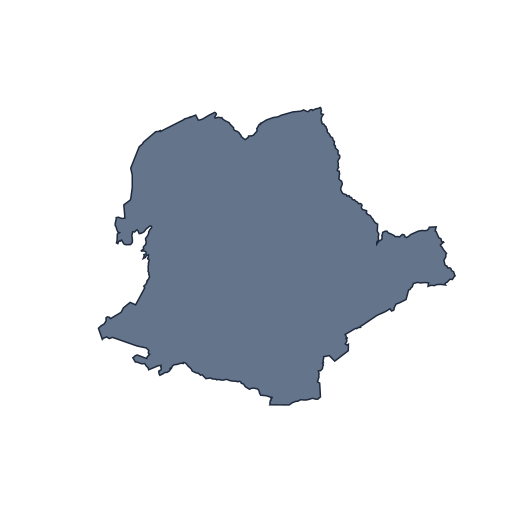 Canesti, Buzau, Romania (Natural Earth projection), rotated 154°
{"feature_id": "2599482B44623248761777", "entity_name": "Canesti", "entity_type": "district", "adm_level": 2, "iso_a3": "ROU", "parent_name": "Romania", "parent_adm1": "Buzau", "projection": "natural_earth1", "projection_center": [26.605, 45.397], "detail": "fine", "context": "isolated", "style": "filled", "palette": "slate", "viewbox_px": 512, "rotation_deg": 154, "n_neighbors": 0, "source": "geoboundaries", "source_scale": "gbopen_adm2", "svg_char_len": 6117}
<svg xmlns="http://www.w3.org/2000/svg" viewBox="0 0 512 512"><g transform="rotate(154 256 256)"><path d="M308.8,116.2L291.5,107.6L287.6,108.2L283.9,107.9L282.0,107.1L279.1,107.3L275.0,105.0L272.7,104.2L267.6,103.3L264.9,101.0L263.4,100.3L262.4,100.3L261.7,100.8L261.0,100.7L259.8,101.2L254.5,113.8L255.9,116.0L252.4,119.7L252.0,121.0L251.0,122.4L250.2,125.5L248.3,124.6L245.7,125.6L244.4,127.5L243.2,128.5L243.3,130.5L242.1,130.5L241.5,132.8L240.1,134.3L239.4,135.8L233.8,134.4L231.3,127.0L214.6,130.4L211.6,136.2L213.3,136.1L214.3,137.9L211.9,139.4L211.3,140.4L211.2,142.2L210.4,141.9L209.9,142.3L210.5,143.3L210.1,145.0L210.3,146.4L198.7,147.3L197.9,147.2L197.5,146.6L194.8,146.8L193.9,146.1L193.1,146.1L193.0,147.1L190.9,147.1L173.3,149.6L164.2,149.3L158.7,149.8L158.3,147.1L156.4,146.9L155.4,147.3L154.6,148.8L151.2,151.4L147.5,151.0L140.2,151.1L133.8,158.5L132.1,158.4L130.9,159.3L129.1,159.8L126.6,162.3L122.2,161.4L119.9,159.6L116.2,158.3L112.7,156.2L114.7,153.3L111.7,153.0L108.4,151.1L106.4,151.2L102.4,149.5L98.4,146.9L98.7,148.0L97.0,148.8L95.9,148.6L91.9,150.1L89.8,148.8L87.4,150.3L85.7,150.9L85.8,151.7L85.3,155.3L86.3,156.6L86.6,158.1L86.3,159.4L87.2,160.5L88.9,161.2L88.8,163.2L90.1,164.9L89.0,169.8L85.9,171.9L84.6,174.3L83.6,174.8L84.7,179.4L85.0,182.9L85.6,184.6L85.1,185.5L84.2,185.3L81.9,186.2L81.4,186.0L81.4,186.7L82.9,187.6L82.2,190.4L83.7,192.4L83.4,198.9L84.0,200.0L81.3,203.2L87.6,205.9L88.8,204.8L90.3,204.2L91.7,204.2L94.1,205.2L95.1,206.0L99.2,207.2L107.4,207.5L110.1,206.8L112.6,206.6L113.7,208.0L113.4,209.8L115.1,211.3L118.6,210.2L120.0,211.3L122.5,212.4L122.9,213.9L125.6,217.4L127.0,218.7L127.3,219.7L127.2,220.7L129.0,221.7L131.8,221.7L132.8,220.2L134.0,219.2L134.2,218.0L135.7,215.7L139.1,215.5L142.3,213.7L141.5,215.4L138.8,216.8L137.7,219.6L135.9,222.0L136.2,225.0L132.7,231.3L134.1,233.4L134.7,235.4L134.8,238.0L135.3,239.3L135.6,242.1L137.7,244.8L137.6,245.6L137.9,245.8L137.9,246.7L136.7,247.9L136.8,248.3L139.9,251.1L140.1,252.7L139.9,253.7L138.5,255.0L138.4,255.7L138.7,256.7L139.4,257.6L140.8,258.0L141.3,260.1L142.5,261.9L142.8,263.3L143.7,263.6L144.6,264.6L144.5,266.1L144.8,267.0L145.9,267.8L145.9,269.4L148.1,270.1L147.8,270.9L148.2,271.8L150.4,273.8L150.8,275.4L150.8,278.6L149.6,280.3L147.2,282.5L146.6,283.6L146.3,285.8L147.3,287.4L147.7,289.1L146.4,290.8L146.0,292.0L144.8,293.1L144.5,294.7L144.1,295.3L144.0,295.7L145.5,297.1L145.0,298.0L142.8,299.5L142.9,300.4L141.3,303.5L141.1,305.3L139.1,306.8L138.1,307.1L136.8,309.2L136.9,310.2L137.6,311.1L137.6,311.6L136.0,314.8L137.3,318.3L136.5,319.9L136.5,320.7L137.1,321.6L135.3,324.6L135.9,326.1L135.4,328.5L135.8,329.5L136.7,330.4L136.6,333.3L137.6,336.3L136.6,338.3L136.7,340.1L136.4,341.7L137.1,342.8L137.3,344.9L138.6,345.9L137.9,348.1L138.1,348.8L136.5,351.8L133.4,353.8L135.2,355.2L134.5,357.0L133.6,357.6L133.4,358.1L133.4,359.2L132.8,360.3L133.2,361.4L135.0,361.3L138.0,362.1L141.3,362.0L141.5,363.1L143.3,363.6L145.7,362.9L147.0,363.7L149.2,366.5L152.1,366.5L159.6,369.3L171.7,371.5L175.2,371.4L179.8,372.9L187.1,373.7L192.3,373.1L193.6,373.4L194.2,372.3L195.0,372.9L195.5,372.8L199.6,370.0L199.8,368.8L200.4,367.8L205.5,365.7L207.2,365.9L210.1,367.1L210.8,366.1L214.8,365.3L216.9,369.8L216.6,371.3L217.1,372.8L217.2,374.4L218.6,376.7L219.9,377.8L220.6,379.6L219.9,381.1L221.6,386.1L221.7,387.6L224.8,391.6L225.9,393.9L226.0,395.4L227.3,395.8L229.1,397.3L231.9,397.7L232.3,398.2L232.3,399.0L229.8,400.5L229.3,401.1L229.6,402.4L230.1,403.2L237.1,403.1L243.9,402.5L247.0,402.9L248.3,403.4L248.4,409.1L254.2,409.5L254.2,409.9L256.2,409.8L260.4,410.6L261.0,410.2L287.4,409.8L287.1,410.7L289.0,410.7L291.6,411.7L307.5,407.6L308.5,406.6L313.1,405.4L330.1,389.9L331.7,383.1L337.2,371.8L343.4,362.5L344.6,361.4L352.4,359.9L357.2,347.5L360.1,348.5L362.7,351.2L364.8,351.8L365.2,350.8L368.2,347.1L369.2,345.2L369.0,343.4L369.5,341.2L369.6,337.9L368.5,336.8L370.9,336.6L371.3,336.0L374.1,330.8L375.7,328.9L374.8,327.7L372.7,329.4L372.1,329.5L371.4,328.8L369.8,329.3L369.5,325.0L369.1,324.2L368.0,323.2L363.9,321.3L362.5,321.7L361.1,322.6L360.0,324.6L358.5,329.0L356.1,331.8L354.6,330.8L351.6,331.8L351.0,330.3L351.2,327.3L349.1,326.7L345.8,326.9L343.3,328.3L338.5,329.5L337.5,329.2L337.0,328.2L337.1,327.6L337.7,327.1L339.7,326.3L342.0,324.6L342.6,323.3L344.7,321.6L347.6,320.2L348.3,318.3L348.2,317.4L348.7,316.3L349.6,315.6L349.8,314.8L352.2,314.0L353.4,313.3L353.7,312.6L353.8,311.6L356.8,311.0L356.7,310.5L354.9,309.9L353.8,308.9L353.2,308.0L353.2,307.2L354.1,306.1L356.2,306.4L356.3,305.2L358.5,303.1L356.0,303.2L354.3,304.5L352.1,304.2L352.9,302.7L354.5,301.2L354.6,300.8L353.7,300.2L354.0,298.8L356.0,296.6L356.1,295.7L357.1,294.7L359.2,290.2L359.7,289.7L359.7,287.8L360.4,286.5L360.8,284.0L362.8,282.3L364.7,281.6L365.2,280.9L365.0,280.7L367.5,278.8L370.1,278.1L370.0,276.1L385.6,264.9L389.5,269.5L397.9,267.5L402.0,264.5L414.3,263.5L414.6,265.1L415.3,265.8L416.4,266.5L418.0,266.1L419.1,263.5L422.2,261.5L425.8,261.2L429.3,260.1L430.7,248.4L429.2,249.0L425.6,248.7L424.1,246.1L420.7,245.8L402.4,227.3L395.0,221.5L393.8,218.1L395.3,216.2L395.3,215.1L394.6,214.3L398.1,213.0L399.2,211.7L406.1,219.1L408.5,219.3L409.8,218.7L411.3,218.6L410.9,213.6L409.5,212.8L406.0,209.2L403.1,208.0L403.0,205.8L402.0,202.7L402.4,200.8L391.9,200.2L389.3,199.3L390.0,198.5L390.3,197.8L390.1,197.1L391.1,195.6L391.8,195.1L393.0,195.4L394.0,195.0L394.8,192.4L394.7,190.9L390.8,190.9L389.3,191.3L387.0,190.4L384.4,190.6L381.5,192.1L382.1,192.7L380.5,192.8L379.3,193.8L376.9,194.1L375.2,193.3L370.4,192.5L368.5,191.3L368.0,192.1L367.0,191.4L365.9,190.0L365.3,186.8L363.7,183.0L363.8,180.9L363.6,180.4L361.4,177.5L359.2,175.8L358.1,173.2L356.5,173.0L354.8,167.7L350.6,166.4L349.7,165.7L349.5,164.9L346.0,162.8L345.6,161.9L343.5,161.4L342.1,160.0L339.8,158.8L336.6,158.1L333.4,154.8L328.8,152.1L327.8,151.1L325.6,150.5L324.9,149.5L325.0,148.1L323.3,146.3L322.9,143.2L320.3,139.1L317.7,139.0L316.2,138.4L313.0,136.0L312.3,133.8L312.9,131.2L312.8,128.8L308.0,125.9L305.3,123.2L303.5,122.0L303.7,121.4L304.9,121.6L305.4,119.9L306.3,120.0L308.0,117.8L308.0,116.7L308.8,116.2Z" fill="#64748b" stroke="#1e293b" stroke-width="1.5"/></g></svg>